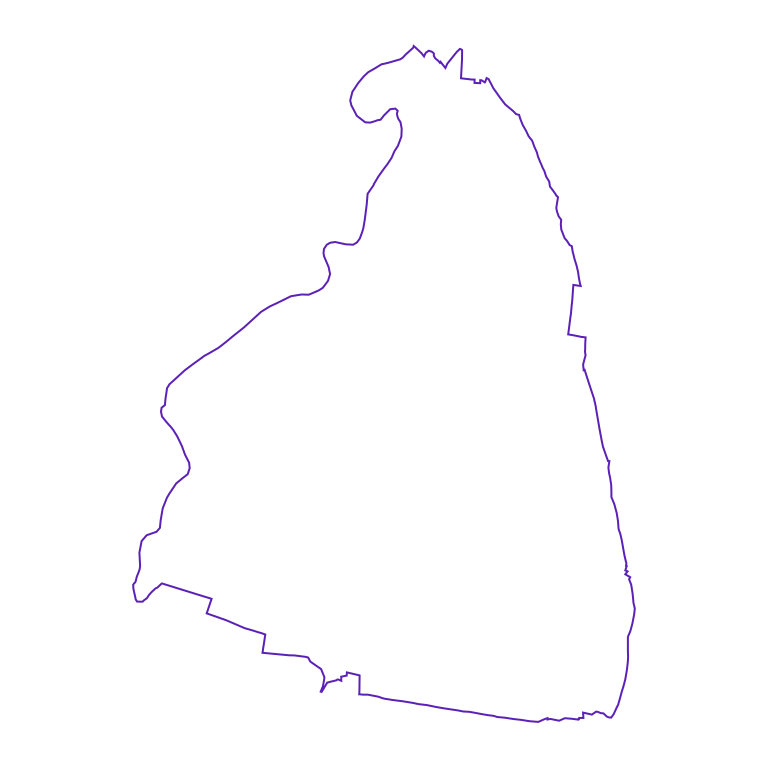 the district of Poza Rica de Hidalgo, Veracruz, Mexico
{"feature_id": "50627088B10700770102469", "entity_name": "Poza Rica de Hidalgo", "entity_type": "district", "adm_level": 2, "iso_a3": "MEX", "parent_name": "Mexico", "parent_adm1": "Veracruz", "projection": "robinson", "projection_center": [-97.436, 20.539], "detail": "fine", "context": "isolated", "style": "outline", "palette": "violet", "viewbox_px": 768, "rotation_deg": 0, "n_neighbors": 0, "source": "geoboundaries", "source_scale": "gbopen_adm2", "svg_char_len": 5566}
<svg xmlns="http://www.w3.org/2000/svg" viewBox="0 0 768 768"><path d="M611.2,717.6L613.7,714.1L617.0,706.9L618.1,704.9L619.4,700.3L619.6,699.7L621.7,691.9L623.4,686.5L623.6,685.8L625.3,679.3L626.9,670.0L627.7,663.1L627.8,662.1L628.1,657.1L627.9,650.4L627.9,648.2L627.9,642.4L627.9,636.9L630.4,630.9L632.4,623.5L634.2,614.2L634.8,608.4L633.5,603.0L632.6,593.6L631.2,584.7L629.1,579.3L630.2,577.2L625.3,574.3L627.6,571.4L625.3,570.4L625.5,569.8L626.7,566.1L626.0,565.9L626.4,563.6L624.5,555.7L623.0,547.3L621.7,539.9L620.2,533.5L618.9,530.1L618.5,528.2L618.0,521.2L616.7,513.0L614.3,504.1L611.4,497.1L611.4,491.7L611.4,491.3L611.2,485.1L610.1,477.7L609.0,472.7L608.4,467.3L609.4,461.1L608.0,461.0L607.1,458.4L605.9,455.1L603.0,446.8L601.8,441.1L599.5,428.9L597.7,418.3L596.0,408.4L595.8,406.8L595.7,406.3L594.7,401.5L594.4,400.9L594.2,399.8L594.3,399.6L594.0,398.6L589.7,385.6L586.7,376.4L584.6,369.8L583.7,370.2L583.6,369.1L583.1,364.6L583.8,361.8L585.6,355.1L585.3,353.8L585.2,353.2L585.0,351.2L585.1,350.4L585.2,347.9L585.2,347.7L585.2,345.7L585.2,345.4L585.2,344.8L585.5,339.0L585.5,338.7L585.6,337.4L582.8,337.0L581.9,337.0L580.8,336.9L580.5,336.7L577.1,336.0L573.0,335.2L568.2,334.4L569.6,323.5L570.4,317.2L570.9,314.1L571.3,309.7L571.6,306.2L572.3,299.8L572.9,291.1L573.3,285.6L573.4,284.9L574.4,285.1L575.6,285.2L577.1,285.5L578.8,285.7L580.1,285.9L580.7,286.0L580.2,284.2L579.7,282.2L578.8,277.3L578.1,272.2L576.6,265.7L574.6,259.3L573.6,255.2L572.6,251.4L572.4,249.9L571.8,246.2L569.6,245.0L567.0,240.9L564.8,238.4L563.6,235.6L562.6,232.9L561.3,229.7L560.8,224.2L561.2,219.8L558.6,216.2L557.4,212.7L557.0,211.6L556.3,208.1L556.8,204.5L557.7,199.2L558.0,197.1L556.3,195.6L555.6,194.2L553.4,191.1L550.0,186.6L549.2,181.6L546.1,176.5L544.4,171.1L542.5,167.5L541.2,164.2L540.3,162.3L537.9,156.3L536.9,152.4L534.1,146.2L532.6,141.8L531.9,140.3L530.5,138.7L529.9,137.9L528.5,136.0L526.2,131.1L522.7,124.9L520.3,118.9L519.1,114.9L516.1,114.1L513.3,111.2L507.7,106.5L505.1,104.3L501.8,100.0L499.4,96.8L496.1,92.1L493.4,88.4L492.1,85.8L491.7,85.0L491.0,83.6L489.5,80.9L488.7,79.2L486.6,78.1L485.4,81.4L484.8,82.4L481.4,80.2L480.2,80.2L480.2,83.2L474.5,82.9L474.6,79.6L471.5,79.5L461.0,78.3L462.0,59.8L462.1,51.9L462.1,50.1L461.4,49.5L459.9,48.9L456.6,52.1L447.3,63.7L445.4,68.0L440.5,61.8L439.9,62.8L438.0,60.5L436.4,59.4L435.1,58.1L434.8,57.5L434.1,56.5L433.8,55.4L433.9,53.9L433.8,53.4L433.0,52.6L431.8,51.7L428.8,50.7L426.0,52.6L425.1,54.0L424.1,56.1L424.0,56.4L421.4,53.1L417.9,49.8L415.2,47.3L413.7,46.1L413.5,47.2L413.0,47.9L408.6,51.9L405.9,54.3L402.6,57.8L402.1,58.1L400.3,59.3L394.0,61.1L390.3,62.2L387.4,63.0L384.3,63.7L381.5,64.3L377.4,66.8L376.3,67.5L375.7,67.9L371.7,70.2L369.6,71.4L368.2,72.2L363.9,76.2L358.0,83.3L355.8,86.7L352.4,91.8L350.2,100.4L351.4,105.5L353.1,108.6L356.8,115.8L365.2,122.3L370.2,122.6L374.6,121.3L377.6,120.2L380.6,119.7L383.9,115.5L390.2,109.2L395.3,108.6L397.7,110.8L396.9,113.6L397.4,116.3L398.4,119.0L400.5,122.2L401.7,128.7L401.4,136.5L397.9,145.9L394.4,151.3L391.6,157.8L387.6,163.9L383.3,169.6L378.4,176.5L374.0,183.9L373.5,185.3L367.6,193.8L366.7,204.6L364.7,220.2L363.3,228.3L362.2,232.0L359.8,238.5L357.0,242.4L353.2,244.7L345.7,244.3L335.1,242.0L330.0,242.8L326.7,244.8L324.0,248.9L323.5,253.1L324.1,256.4L328.6,267.0L329.7,272.2L330.1,274.0L328.0,280.9L322.8,287.8L318.8,290.4L308.8,294.7L301.7,294.5L296.5,295.3L291.0,296.2L277.6,302.8L269.7,306.5L261.1,311.8L244.0,327.4L233.3,335.9L225.8,342.1L218.5,347.8L208.5,353.6L204.1,356.0L199.0,359.8L192.6,364.4L184.8,370.3L180.4,374.3L169.4,384.3L167.0,388.3L166.5,392.2L165.5,398.6L164.9,405.1L161.6,407.7L161.0,411.7L162.0,416.5L166.5,422.1L169.6,425.6L170.6,426.6L173.4,430.2L177.3,436.5L182.0,446.3L185.0,454.6L189.1,462.7L189.7,468.2L187.7,474.2L182.9,477.9L176.2,483.4L169.2,493.9L166.9,497.8L162.7,508.4L160.7,520.1L159.9,527.9L156.5,531.8L146.7,535.2L141.6,541.1L139.4,552.6L140.1,565.8L139.7,569.1L138.5,572.5L136.9,576.4L136.2,579.0L135.9,580.4L135.5,581.7L135.0,582.6L134.2,583.3L133.2,584.7L133.3,587.3L133.3,588.1L133.6,589.5L134.0,591.5L135.8,599.6L137.1,601.6L142.5,601.7L144.2,600.1L146.8,598.3L147.5,597.3L148.0,596.5L148.9,595.1L151.5,592.2L152.5,591.2L154.4,589.5L155.2,588.6L156.5,588.0L157.3,587.6L158.2,586.8L161.7,583.5L162.2,583.5L164.7,584.3L200.8,595.5L211.6,598.8L206.7,613.4L226.1,620.2L235.7,624.3L244.5,628.1L250.4,629.8L254.1,630.9L257.8,632.1L261.6,633.2L265.3,634.5L264.8,637.6L264.5,639.8L264.1,642.4L263.7,645.0L263.2,648.0L262.7,651.5L262.5,652.8L289.2,655.3L294.0,655.4L299.1,656.0L299.7,656.1L305.3,656.8L308.1,657.5L310.2,661.4L310.5,661.7L314.3,664.4L321.1,669.1L324.4,677.2L324.1,680.0L322.9,686.4L320.7,691.6L321.6,691.9L323.7,688.5L327.2,682.6L328.9,682.2L330.1,681.8L332.4,681.3L334.0,680.9L336.4,680.3L337.2,679.6L338.3,679.5L341.3,680.8L341.2,676.7L346.7,675.6L346.9,672.4L359.6,675.4L359.4,691.6L359.2,694.3L364.1,694.7L368.1,694.7L378.3,696.7L383.9,698.6L389.1,699.4L391.9,699.9L403.0,701.3L412.8,702.9L418.5,704.1L427.0,705.1L435.6,706.9L444.3,708.4L456.5,710.2L458.3,710.5L460.8,711.0L463.4,711.5L469.1,711.8L474.9,712.8L480.6,713.9L487.6,715.1L493.9,715.9L496.9,716.9L497.2,717.0L504.9,717.7L513.3,719.0L520.6,719.8L529.6,721.2L538.3,721.9L544.4,719.2L547.5,718.1L547.5,719.5L549.1,719.2L549.9,719.0L550.5,718.9L551.2,719.1L559.1,720.7L564.9,718.2L572.1,718.8L578.3,719.6L578.4,719.0L579.0,719.0L579.2,717.9L583.4,718.0L583.1,712.6L591.9,714.6L592.4,714.2L596.2,711.6L597.5,711.8L599.4,712.5L600.7,713.1L603.5,713.4L606.6,716.4L608.0,717.1L609.6,717.5L611.2,717.6Z" fill="none" stroke="#5b21b6" stroke-width="2"/></svg>